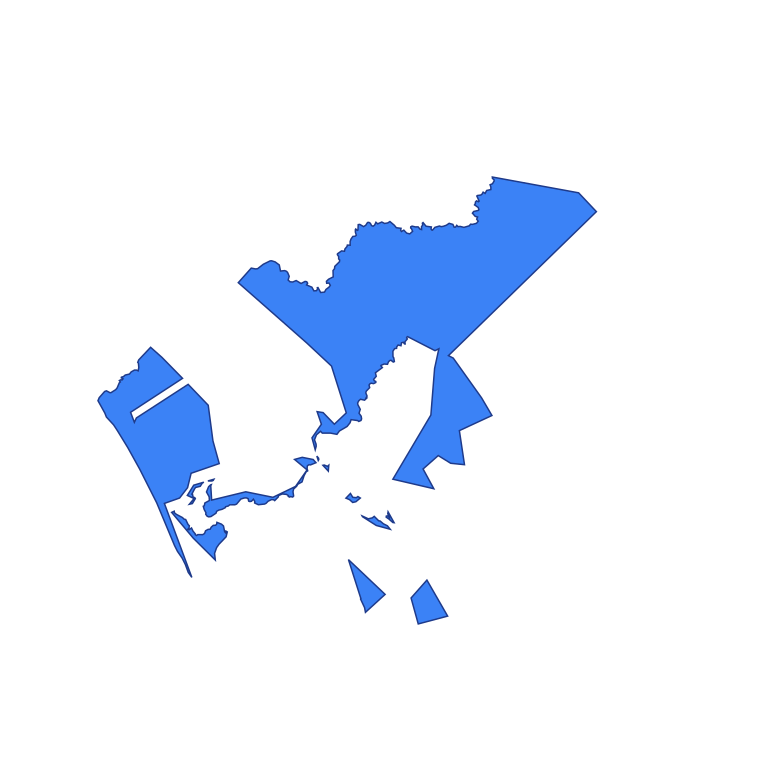 outline of Napranum, Queensland, Australia, rotated 312°
{"feature_id": "25037944B72297710108089", "entity_name": "Napranum", "entity_type": "district", "adm_level": 2, "iso_a3": "AUS", "parent_name": "Australia", "parent_adm1": "Queensland", "projection": "albers", "projection_center": [142.04, -12.587], "detail": "fine", "context": "isolated", "style": "filled", "palette": "blue", "viewbox_px": 768, "rotation_deg": 312, "n_neighbors": 0, "source": "geoboundaries", "source_scale": "gbopen_adm2", "svg_char_len": 6184}
<svg xmlns="http://www.w3.org/2000/svg" viewBox="0 0 768 768"><g transform="rotate(312 384 384)"><path d="M435.0,369.8L442.9,399.6L446.9,401.2L429.4,411.2L392.3,439.6L319.2,454.3L339.5,491.1L347.0,469.9L367.1,472.2L369.7,486.6L377.9,497.8L399.8,471.2L432.8,485.3L439.0,465.8L449.6,418.1L448.2,412.9L654.2,426.5L656.3,400.7L610.3,326.0L609.3,327.1L609.5,328.9L608.6,330.0L605.4,330.6L603.0,329.5L601.9,331.6L600.0,333.3L596.5,330.8L593.3,331.6L592.9,329.3L590.7,329.8L589.2,329.5L586.6,327.3L585.8,327.2L583.6,332.3L582.6,332.2L582.0,330.2L580.4,330.2L579.3,331.1L577.7,331.4L578.2,336.0L577.0,337.9L576.1,337.9L572.2,335.2L570.1,335.4L569.6,339.6L570.7,341.8L568.5,342.6L568.0,345.1L565.3,345.2L561.9,343.0L560.7,341.4L558.6,341.5L553.9,338.6L552.1,335.2L550.5,333.7L550.6,331.9L548.5,332.2L547.5,331.2L548.7,328.4L547.0,324.9L543.7,324.1L540.8,322.5L539.2,321.2L538.5,319.5L534.5,317.0L530.8,317.1L530.4,316.4L530.7,315.2L532.4,314.1L529.4,309.7L530.1,305.0L529.2,304.9L528.0,306.4L526.0,306.6L523.9,308.6L523.2,307.2L523.6,304.2L521.8,302.3L520.1,299.2L518.7,298.7L517.8,299.4L517.8,300.5L516.6,303.1L512.8,302.7L511.3,299.9L511.6,295.8L509.0,294.9L509.4,293.5L511.1,292.5L508.4,288.6L508.9,285.3L508.7,279.7L506.2,279.0L503.7,277.0L502.9,274.0L498.8,272.1L498.8,269.8L495.8,270.7L493.9,270.3L493.4,268.7L494.3,266.3L494.0,264.6L493.0,263.7L489.7,264.2L487.3,263.5L486.4,259.2L485.2,258.2L481.0,261.6L480.2,261.3L480.3,259.3L479.6,259.4L477.7,261.1L476.0,263.9L474.6,263.7L472.8,262.1L469.6,262.5L467.2,263.5L464.5,266.0L462.7,263.8L461.5,264.5L458.3,264.6L456.2,265.8L454.5,263.4L449.7,262.3L448.9,262.8L448.4,265.0L446.6,266.6L446.5,268.1L445.0,269.1L438.5,268.7L436.5,270.1L434.2,270.2L429.6,274.6L424.8,272.7L421.8,272.5L420.5,274.0L422.2,275.6L421.4,278.1L419.2,278.3L415.4,277.6L412.5,278.3L409.6,275.7L411.5,270.4L411.0,270.0L410.1,271.0L408.2,271.4L406.3,269.6L407.7,265.6L405.8,260.2L407.8,259.8L408.3,258.1L407.4,256.7L403.2,255.1L402.1,249.5L398.7,247.9L397.1,245.8L397.1,243.2L400.6,241.5L402.4,237.7L402.5,236.1L401.8,234.3L398.7,231.5L402.4,226.5L401.9,221.4L400.4,218.1L399.3,217.0L392.3,214.2L385.1,212.9L383.6,211.6L381.3,207.8L361.8,207.9L362.8,299.2L362.2,333.0L337.3,375.3L320.9,374.0L322.0,357.9L318.7,352.8L312.2,364.4L295.8,366.5L289.1,376.9L292.3,375.3L293.9,373.7L296.0,369.7L301.1,367.8L306.4,368.5L306.2,371.0L311.7,377.1L315.1,382.7L319.3,382.3L327.8,385.0L332.5,384.7L335.5,383.4L339.2,388.9L339.3,390.3L341.5,391.3L343.1,390.7L344.8,388.6L345.6,385.0L349.3,383.3L351.2,378.3L352.3,377.1L354.6,376.5L356.9,376.7L359.0,380.4L361.9,380.6L361.5,380.0L363.7,379.5L365.2,376.4L366.8,375.6L371.7,375.8L373.2,373.6L374.8,373.4L376.0,373.9L377.3,376.0L379.6,376.9L380.4,376.2L379.9,374.6L380.5,373.2L384.5,373.1L386.6,370.1L395.1,371.8L395.4,369.5L396.0,369.4L398.9,370.7L401.0,373.4L403.4,372.5L405.3,372.6L406.3,373.3L406.5,376.2L407.6,376.7L410.0,373.7L410.3,372.4L414.3,368.7L417.4,368.2L418.9,369.5L420.1,368.6L422.4,368.4L423.8,371.0L426.4,369.4L427.9,370.4L427.5,372.4L427.9,372.9L429.4,371.3L433.1,371.2L433.4,369.9L434.5,369.6L435.0,369.8ZM255.1,186.0L237.8,185.6L235.3,186.5L235.1,187.6L232.2,190.7L229.3,192.5L228.7,190.7L227.3,189.2L223.8,188.0L221.1,188.2L217.5,185.7L215.1,185.4L213.4,184.3L212.8,184.6L213.2,186.6L211.6,186.6L211.2,185.7L209.5,185.0L209.1,186.7L207.7,186.5L202.5,188.3L200.3,188.4L194.9,186.9L194.2,186.2L193.2,182.3L191.5,181.4L183.3,181.5L180.2,182.6L175.6,196.0L173.7,199.8L172.7,210.4L170.9,217.2L165.3,236.1L157.2,259.6L143.6,294.6L123.8,336.4L121.4,342.6L119.5,350.6L116.9,357.2L113.0,364.6L111.7,370.6L148.3,300.7L162.5,308.4L175.5,307.4L188.6,300.4L214.6,314.8L227.3,294.9L250.6,267.6L252.7,238.7L193.1,222.7L188.5,224.1L193.4,214.6L253.4,230.5L255.2,201.2L255.1,186.0ZM169.7,344.1L175.6,345.6L177.4,344.8L179.7,345.6L182.5,347.5L185.9,348.8L186.8,348.4L189.1,349.9L191.0,350.2L194.5,354.0L196.1,354.8L202.7,354.6L205.6,356.3L207.2,357.8L207.9,359.7L206.4,361.8L206.9,363.0L208.2,364.0L211.0,364.0L210.3,366.5L209.0,367.5L210.2,371.4L214.9,375.6L216.4,376.2L219.3,376.3L222.9,377.8L224.1,379.4L224.2,380.8L229.3,381.0L230.6,380.3L234.2,382.0L236.7,385.4L237.1,387.7L236.4,388.1L236.8,389.5L237.8,389.9L238.9,391.8L240.3,391.8L243.0,388.5L245.4,387.1L249.5,387.5L251.8,387.0L256.4,388.6L262.5,385.9L266.7,384.9L268.4,385.4L269.9,383.2L272.0,381.8L273.7,382.2L274.7,383.5L280.0,386.1L280.5,381.9L274.8,372.3L268.1,368.0L268.7,384.3L248.7,386.8L225.5,377.3L211.4,353.4L182.4,333.6L192.4,323.4L193.6,323.0L192.9,322.6L190.3,322.4L185.0,324.3L183.2,329.5L180.6,332.2L175.7,330.5L173.3,331.9L172.2,331.5L170.4,334.4L169.2,337.8L167.9,338.7L167.4,341.1L168.0,342.7L169.7,344.1ZM267.0,547.1L243.1,547.3L228.6,570.0L254.1,586.6L267.0,547.1ZM140.3,376.4L144.8,371.4L150.4,369.1L154.4,368.6L164.8,368.9L169.2,366.5L168.8,364.2L168.2,366.2L167.4,366.4L167.6,364.4L171.1,359.7L171.1,357.0L169.4,352.4L167.7,353.5L166.3,353.3L164.7,351.7L161.9,351.4L159.8,352.0L158.2,350.5L155.5,349.6L153.3,350.5L152.0,350.5L150.7,350.0L147.5,346.4L146.0,346.1L145.8,344.5L146.3,344.1L146.9,340.4L148.2,337.3L145.1,336.6L144.8,335.4L146.4,335.5L148.4,334.2L148.5,332.4L150.6,327.3L149.8,325.9L149.9,323.6L148.2,316.9L148.1,314.4L149.1,313.2L146.5,312.1L141.8,345.5L140.3,376.4ZM208.5,510.5L204.8,519.2L201.9,523.0L228.4,525.6L229.7,475.1L209.0,510.5L208.5,510.5ZM280.2,485.8L280.9,481.4L279.7,477.0L279.6,472.8L278.8,471.6L279.1,465.3L276.7,464.9L273.3,462.5L271.3,456.0L271.0,456.8L273.7,472.9L280.2,485.8ZM164.4,319.8L166.9,321.6L172.6,320.5L172.9,319.5L172.3,317.6L173.9,315.5L173.6,314.9L179.4,313.4L181.0,313.2L185.0,315.9L188.6,315.3L190.5,315.8L181.5,310.3L169.6,312.4L171.8,319.5L164.4,319.8ZM283.4,442.7L282.9,439.9L281.0,439.5L278.9,436.6L280.2,432.3L273.7,432.1L275.0,435.8L275.0,440.0L277.7,441.9L283.4,442.7ZM287.7,484.3L291.7,472.6L290.0,473.7L289.5,476.3L286.9,478.9L287.0,483.3L287.7,484.3ZM282.7,393.0L282.0,400.9L286.7,397.3L285.0,397.1L283.8,393.8L282.7,393.0ZM286.9,477.8L288.4,477.2L288.7,476.4L288.4,474.9L287.4,474.1L286.5,474.7L286.9,477.8ZM194.1,318.0L196.9,321.1L198.1,321.6L199.4,321.3L194.1,318.0ZM285.5,382.3L283.2,386.3L284.2,386.1L285.1,385.0L285.5,382.3Z" fill="#3b82f6" stroke="#1e3a8a" stroke-width="1.5"/></g></svg>